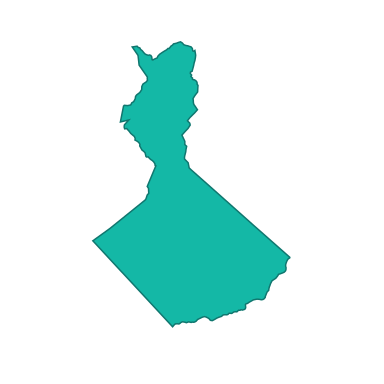 Kundiawa/Gembogl District, Chimbu, Papua New Guinea (Mercator projection), rotated 117°
{"feature_id": "67681753B57459737703573", "entity_name": "Kundiawa/Gembogl District", "entity_type": "district", "adm_level": 2, "iso_a3": "PNG", "parent_name": "Papua New Guinea", "parent_adm1": "Chimbu", "projection": "mercator", "projection_center": [145.0, -5.921], "detail": "fine", "context": "isolated", "style": "filled", "palette": "teal", "viewbox_px": 384, "rotation_deg": 117, "n_neighbors": 0, "source": "geoboundaries", "source_scale": "gbopen_adm2", "svg_char_len": 3186}
<svg xmlns="http://www.w3.org/2000/svg" viewBox="0 0 384 384"><g transform="rotate(117 192 192)"><path d="M280.5,258.2L294.8,219.3L295.7,216.7L320.9,148.1L318.3,147.5L317.0,146.9L316.0,145.1L315.5,143.7L314.3,143.0L313.4,142.7L312.0,141.6L311.4,139.8L311.1,138.7L311.1,137.8L310.2,136.9L309.2,136.0L308.6,133.5L307.9,132.9L307.2,131.2L306.1,130.2L305.3,129.7L303.0,129.1L298.9,126.0L297.4,124.4L297.0,122.7L297.0,120.2L297.2,119.0L297.8,118.0L297.9,117.0L297.4,115.5L295.0,113.8L293.2,112.7L291.5,111.3L289.5,109.3L288.2,108.7L287.2,108.3L286.3,106.7L285.5,105.1L284.8,104.4L283.4,104.0L282.8,103.2L282.4,101.9L281.9,101.3L280.1,100.4L279.3,99.5L278.9,98.8L278.4,97.6L276.2,96.8L275.6,95.5L274.7,95.0L274.5,94.4L274.4,93.6L273.0,92.1L271.9,91.5L270.6,91.7L269.8,92.2L268.0,93.3L267.3,93.2L266.0,91.9L264.2,91.0L262.6,89.9L260.2,88.3L259.2,87.0L258.2,85.8L257.5,84.4L256.9,82.8L256.6,81.4L255.7,80.1L254.5,79.3L252.7,78.9L252.2,79.2L249.4,79.5L247.2,79.7L246.3,79.5L244.9,79.0L243.2,79.6L241.4,80.0L240.1,80.1L238.1,80.4L234.8,80.4L232.6,79.2L230.9,78.2L228.5,77.7L227.1,77.5L226.1,77.6L225.0,76.4L222.7,74.3L221.5,73.4L219.9,72.9L218.7,73.0L216.8,73.8L215.6,74.9L214.1,75.6L212.5,75.9L210.7,76.1L209.3,76.1L207.9,75.9L206.3,75.0L205.8,75.2L193.8,121.8L181.3,169.4L172.6,202.9L171.8,205.5L167.7,208.7L166.0,213.6L164.8,214.3L163.1,214.9L159.1,215.8L156.7,216.7L153.7,217.5L153.0,219.9L150.1,221.4L145.9,226.8L140.9,225.5L137.2,224.4L133.2,224.0L131.7,225.2L130.6,228.4L126.8,227.7L123.4,226.6L120.5,225.6L116.2,224.5L115.5,225.8L114.4,227.7L113.1,230.2L111.5,231.5L109.7,232.5L108.3,233.5L104.7,233.2L100.3,232.4L97.0,233.9L94.2,235.1L93.8,236.2L91.9,237.4L91.0,239.3L91.0,241.0L91.4,241.9L91.2,242.9L90.3,243.2L89.6,245.4L88.0,245.4L87.2,247.3L85.8,247.8L84.4,246.7L82.1,247.2L78.8,247.9L76.0,248.7L73.6,249.1L70.9,249.9L68.5,250.8L67.1,251.8L64.6,253.7L65.7,254.2L65.9,255.4L63.9,256.9L63.1,258.8L63.5,260.7L63.6,262.0L64.2,263.9L64.5,266.1L63.6,268.3L63.4,270.4L64.9,272.0L66.5,273.4L68.4,275.7L70.1,276.1L71.6,277.0L74.5,277.5L74.9,278.5L76.9,279.2L78.4,280.2L80.7,281.6L84.0,283.4L86.6,284.1L88.3,283.9L90.7,285.9L92.1,286.8L92.2,287.6L89.8,289.3L89.0,290.7L89.2,292.1L90.1,293.1L90.4,296.1L89.7,298.3L88.7,300.5L88.3,302.5L87.3,303.9L87.6,305.5L87.1,306.8L87.0,307.1L89.9,311.1L94.8,302.1L103.0,296.7L109.8,284.0L111.6,283.2L112.6,282.4L114.7,282.8L118.1,284.7L120.8,284.6L123.6,283.3L127.1,283.7L130.6,285.4L132.4,285.7L134.7,284.9L138.0,285.0L140.0,286.2L142.2,286.1L144.2,288.5L145.5,291.7L146.6,292.0L162.1,287.6L156.5,281.0L162.7,282.7L163.3,282.6L165.0,281.9L166.3,280.7L165.1,278.9L165.3,278.6L165.4,278.2L165.6,277.8L165.8,277.3L165.9,277.0L166.0,276.5L166.1,276.2L166.3,276.0L166.3,275.8L167.6,273.2L168.3,270.3L168.7,268.6L170.1,266.9L171.6,266.4L171.6,265.1L171.7,263.7L172.0,262.0L173.1,260.1L174.7,259.5L175.5,258.3L177.3,255.7L177.7,253.5L178.3,251.7L180.0,250.2L181.3,249.1L181.4,248.2L180.6,247.0L181.4,245.0L181.8,243.4L182.0,241.6L182.6,239.7L183.7,237.9L185.1,236.9L185.1,236.1L207.4,234.4L208.5,232.4L210.5,231.3L212.9,229.9L214.6,230.5L216.0,230.4L218.9,229.9L220.4,230.1L261.6,248.5L280.5,258.2Z" fill="#14b8a6" stroke="#0f766e" stroke-width="1.5"/></g></svg>